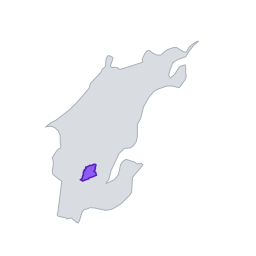 Tilaran, Guanacaste, Costa Rica shown in context, rotated 252°
{"feature_id": "36466004B12916636175246", "entity_name": "Tilaran", "entity_type": "district", "adm_level": 2, "iso_a3": "CRI", "parent_name": "Costa Rica", "parent_adm1": "Guanacaste", "projection": "equal_earth", "projection_center": [-84.874, 10.487], "detail": "fine", "context": "in_parent", "style": "filled", "palette": "violet", "viewbox_px": 256, "rotation_deg": 252, "n_neighbors": 0, "source": "geoboundaries", "source_scale": "gbopen_adm2", "svg_char_len": 3519}
<svg xmlns="http://www.w3.org/2000/svg" viewBox="0 0 256 256"><g transform="rotate(252 128 128)"><path d="M202.9,131.1L202.7,132.2L201.9,133.4L200.8,134.6L199.3,135.4L195.8,133.0L192.3,130.2L190.3,131.5L189.6,135.0L188.3,136.9L186.7,137.6L186.1,138.8L186.0,150.9L186.1,162.3L188.7,162.6L193.1,166.5L195.0,168.8L195.6,171.0L195.1,172.1L191.9,174.5L188.7,177.7L187.2,181.6L189.9,188.0L190.5,192.3L190.4,196.8L189.7,198.9L183.6,204.1L182.3,205.9L182.4,207.3L185.8,210.8L187.4,214.3L188.7,218.5L188.9,222.1L185.9,215.4L181.6,209.0L177.9,205.0L177.7,195.8L176.2,190.8L170.6,186.2L165.9,183.0L162.4,183.6L164.5,188.9L170.1,195.7L170.5,198.3L170.4,201.8L166.6,201.3L163.2,199.9L159.1,199.4L156.3,197.3L150.5,189.2L154.6,182.3L155.9,177.8L155.8,168.4L154.8,163.8L150.3,156.8L143.2,149.2L133.2,143.0L128.6,138.0L116.9,134.2L112.5,131.6L109.0,126.9L108.5,123.5L109.7,118.3L106.5,111.6L92.6,98.6L84.8,93.8L83.2,91.0L81.9,90.1L83.1,99.1L86.5,104.5L95.4,109.6L97.8,112.5L98.8,116.4L93.6,123.7L91.0,125.6L90.2,129.6L88.6,130.8L86.8,128.5L79.6,117.0L65.7,111.5L63.2,108.1L58.0,97.6L55.7,88.0L56.5,81.6L62.2,71.6L64.0,67.3L63.7,64.6L63.9,60.7L61.7,57.9L56.4,54.3L53.1,51.5L54.0,50.0L60.1,46.2L60.4,42.7L60.4,41.6L61.4,41.3L62.3,40.4L62.8,39.4L64.5,36.1L65.9,34.2L67.6,33.9L69.6,35.3L77.2,38.9L85.7,42.9L97.8,48.6L102.8,45.0L107.1,42.2L110.1,42.6L116.6,45.8L120.5,46.8L122.9,46.5L127.0,51.3L129.3,54.9L129.7,57.2L130.9,58.5L134.1,58.8L142.1,61.2L146.9,60.8L151.3,58.2L153.7,55.1L154.5,50.3L155.6,52.7L156.9,56.4L157.5,61.3L163.2,77.5L167.7,86.6L177.7,103.1L182.0,106.1L189.3,119.4L191.8,121.6L193.3,125.5L200.8,128.7L202.9,131.1Z" fill="#d9dde1" stroke="#a8b0b8" stroke-width="1"/><path d="M104.2,79.9L103.8,77.7L103.8,75.6L103.7,75.6L103.4,75.8L103.2,75.8L103.1,76.0L103.0,75.9L102.9,75.8L102.9,75.7L102.8,75.4L102.7,75.4L102.4,75.0L102.3,74.9L102.2,74.9L102.0,74.7L101.8,74.5L101.8,74.4L101.7,74.3L101.7,74.2L101.7,73.9L101.5,74.0L101.4,74.0L101.2,74.0L101.0,73.9L101.0,73.7L100.9,73.7L100.7,73.6L100.6,73.4L100.6,73.1L100.7,72.9L100.7,72.7L100.4,72.7L100.2,72.4L100.1,72.2L99.9,72.0L99.7,71.8L99.5,71.7L99.4,71.7L99.2,71.7L98.9,71.6L98.7,71.8L98.4,71.7L98.3,71.4L98.2,71.3L98.0,71.2L97.9,71.2L97.7,71.2L97.4,71.0L97.2,71.0L97.0,70.9L96.9,70.7L96.8,70.4L96.7,70.3L96.4,70.2L96.2,69.9L96.1,69.7L95.7,69.7L95.4,69.5L95.2,69.4L94.9,69.2L94.6,69.0L94.4,69.0L94.3,68.9L94.3,68.7L94.2,68.6L94.2,68.4L94.0,68.2L93.8,68.0L93.7,67.8L93.6,67.7L93.6,67.4L93.7,67.1L93.6,66.8L93.7,66.7L93.7,66.4L93.7,66.2L93.6,66.4L93.6,66.5L93.4,66.8L93.4,67.0L93.3,67.3L93.3,67.6L93.2,67.6L92.8,67.6L92.7,67.6L92.6,67.8L92.3,67.9L92.3,68.0L92.2,68.0L91.9,68.1L91.7,68.2L91.6,68.3L91.7,68.6L91.6,68.9L91.6,69.0L91.8,69.1L91.7,69.2L91.8,69.6L91.7,69.7L91.7,69.8L91.8,73.4L91.8,74.9L92.5,75.4L92.5,76.8L92.5,79.9L92.9,83.4L96.1,83.5L97.3,82.1L97.5,82.3L97.6,82.5L97.8,82.8L97.9,83.0L98.0,83.1L98.1,83.3L98.2,83.5L98.3,83.6L98.5,83.8L98.7,84.0L98.8,84.1L99.1,84.2L99.2,84.3L99.6,84.5L99.8,84.6L100.0,84.6L100.3,84.6L100.5,84.5L100.8,84.6L100.8,84.8L101.0,85.0L101.3,85.0L101.5,85.3L101.7,85.5L101.8,85.5L102.0,85.7L102.3,85.6L102.5,85.7L102.5,85.9L102.7,86.0L102.8,86.0L103.0,86.1L103.3,86.0L103.4,85.9L103.4,85.7L103.5,85.6L103.5,85.4L103.6,85.1L103.6,84.9L103.7,84.7L103.8,84.7L103.8,84.4L104.0,84.4L104.1,84.0L104.1,83.9L104.0,83.7L104.0,83.4L103.9,83.1L103.9,82.9L103.8,82.7L103.7,82.7L103.5,82.4L103.6,82.2L103.7,81.9L103.8,81.7L103.9,81.2L104.0,81.1L104.0,80.9L104.1,80.6L104.2,80.4L104.2,79.9Z" fill="#8b5cf6" stroke="#5b21b6" stroke-width="1.5"/></g></svg>